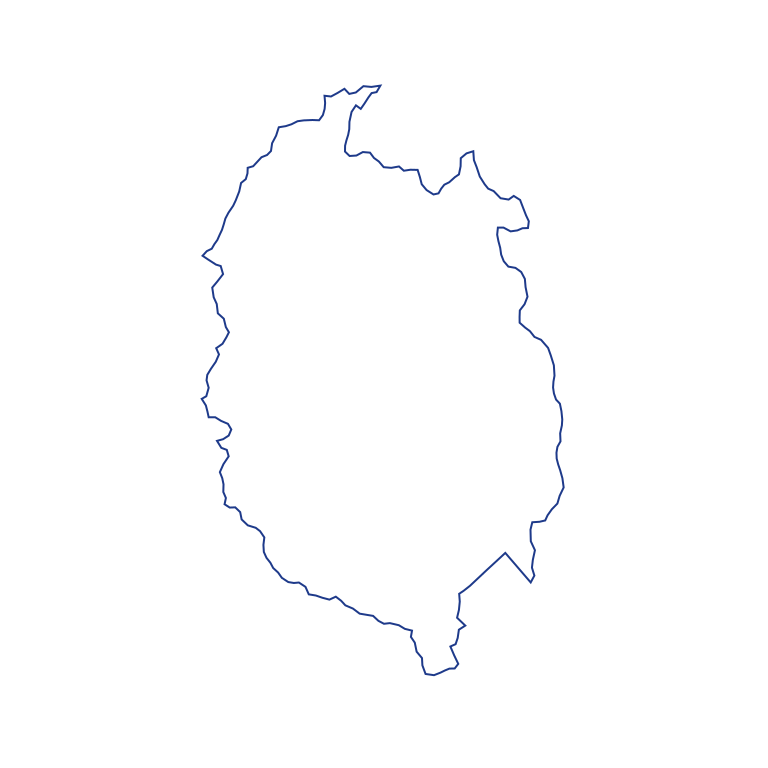 São Bonifácio, Santa Catarina, Brazil, rotated 341°
{"feature_id": "56859067B25915712564646", "entity_name": "São Bonifácio", "entity_type": "district", "adm_level": 2, "iso_a3": "BRA", "parent_name": "Brazil", "parent_adm1": "Santa Catarina", "projection": "robinson", "projection_center": [-48.935, -27.959], "detail": "fine", "context": "isolated", "style": "outline", "palette": "blue", "viewbox_px": 768, "rotation_deg": 341, "n_neighbors": 0, "source": "geoboundaries", "source_scale": "gbopen_adm2", "svg_char_len": 3301}
<svg xmlns="http://www.w3.org/2000/svg" viewBox="0 0 768 768"><g transform="rotate(341 384 384)"><path d="M254.2,203.7L257.9,208.6L264.0,216.4L268.0,219.3L267.6,227.7L259.8,232.8L253.0,236.9L251.2,246.6L251.9,253.9L249.9,263.1L253.8,270.1L253.0,278.7L254.2,284.6L250.2,288.5L244.4,293.4L237.0,295.5L237.6,302.3L232.2,308.2L225.3,313.3L219.9,317.8L217.4,322.8L217.0,330.5L212.0,337.7L206.8,338.7L208.6,346.3L208.1,352.5L207.4,358.4L213.6,360.5L218.0,365.9L223.5,370.9L224.8,377.3L220.4,382.2L213.9,383.8L207.6,383.4L209.4,391.4L213.9,395.1L213.6,401.8L206.1,407.5L200.1,413.9L200.4,420.4L199.6,426.6L196.9,433.8L197.4,440.3L194.1,445.8L197.9,450.6L203.2,452.2L206.3,458.3L205.3,465.7L209.2,473.3L215.9,478.2L218.9,482.8L220.9,490.1L217.6,496.9L215.7,503.7L216.3,510.1L218.4,516.1L219.3,521.9L222.5,527.8L224.3,534.0L229.0,540.1L234.0,542.8L238.9,544.0L243.7,550.2L244.4,558.4L250.7,561.8L256.2,566.1L262.2,570.1L269.2,569.4L272.9,575.0L275.4,580.7L281.5,586.2L286.2,593.2L293.0,596.9L298.2,599.7L301.6,606.1L305.9,610.7L311.7,612.0L319.5,616.9L324.0,622.3L330.2,626.3L327.1,631.9L328.9,638.6L327.7,647.7L330.7,655.5L328.7,662.5L328.9,671.7L336.5,675.6L343.5,675.3L348.3,674.7L353.2,674.4L358.2,676.0L363.1,672.8L362.0,663.4L361.3,653.8L367.0,653.3L371.0,648.1L374.8,640.7L382.2,638.9L377.0,628.8L381.3,622.0L384.8,614.4L386.8,606.8L391.8,605.5L399.6,602.8L420.5,593.4L438.3,585.6L443.7,583.2L458.1,619.4L463.8,614.1L464.1,605.8L467.5,598.7L472.6,590.3L471.6,580.5L475.1,569.4L479.2,563.0L486.2,564.9L492.0,565.5L495.9,561.4L501.9,557.1L509.0,553.5L513.7,546.9L520.2,540.3L522.0,531.2L522.5,522.9L522.5,516.8L523.0,510.7L524.7,505.1L527.5,499.9L532.2,495.7L534.5,488.0L538.7,481.1L541.0,475.6L542.9,467.5L543.9,459.9L541.6,454.7L541.6,448.3L542.7,442.4L545.0,436.9L547.9,431.7L550.7,421.6L551.0,411.3L550.9,403.3L546.9,393.4L541.6,388.5L539.2,381.6L535.8,376.6L532.2,370.2L534.0,364.8L536.4,358.6L542.9,354.3L548.1,348.2L549.4,338.5L551.4,330.5L550.2,322.8L546.1,317.0L539.8,313.5L537.2,306.9L536.9,299.8L538.2,293.1L538.7,286.1L539.6,279.7L542.6,273.2L547.9,275.0L553.4,280.9L560.1,282.2L565.6,281.8L570.9,283.4L573.9,277.3L573.2,270.7L572.9,263.1L572.6,254.3L567.9,248.4L561.9,250.2L554.7,246.3L550.5,237.3L546.1,233.2L544.2,227.9L542.1,219.0L542.2,209.0L541.9,201.6L544.2,193.0L537.1,192.8L530.1,195.5L527.3,203.1L523.1,210.2L518.4,211.5L511.3,214.5L505.9,215.2L501.7,217.9L497.6,221.5L492.5,220.9L487.4,214.5L484.7,207.4L485.3,200.1L485.5,192.5L478.7,190.0L472.2,188.8L469.0,183.2L461.3,182.0L454.3,178.9L451.6,172.0L448.1,167.0L446.1,160.7L439.5,157.8L432.3,159.0L425.7,157.2L422.8,151.5L424.8,146.0L427.8,141.4L431.2,136.8L434.1,131.8L436.7,124.8L441.9,116.2L448.2,111.4L451.6,116.3L456.8,112.5L462.5,108.0L467.0,104.9L472.0,105.6L477.7,100.7L468.8,99.0L461.5,95.7L452.3,99.2L445.6,98.4L442.7,92.0L434.8,93.7L427.5,94.9L421.6,92.1L419.8,99.2L417.4,104.6L413.8,109.8L408.5,113.5L402.3,111.1L393.9,108.6L387.8,107.4L381.1,108.3L375.1,108.2L368.1,107.0L362.8,114.1L356.6,119.9L353.0,126.9L348.0,129.4L342.0,129.7L337.0,132.4L331.2,135.5L325.5,135.2L323.5,140.4L320.0,145.3L314.3,147.4L309.8,154.8L303.6,162.1L299.4,166.4L292.7,171.4L287.9,175.9L284.5,180.8L281.0,185.5L277.2,189.4L273.3,193.6L269.2,196.5L265.2,200.0L259.7,200.7L254.2,203.7Z" fill="none" stroke="#1e3a8a" stroke-width="2"/></g></svg>